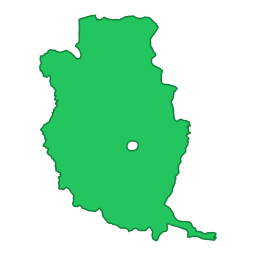 the district of Dibaya, Kasaï-Occidental, Democratic Republic of the Congo
{"feature_id": "63176286B23998883625218", "entity_name": "Dibaya", "entity_type": "district", "adm_level": 2, "iso_a3": "COD", "parent_name": "Democratic Republic of the Congo", "parent_adm1": "Kasaï-Occidental", "projection": "mercator", "projection_center": [22.801, -6.389], "detail": "fine", "context": "isolated", "style": "filled", "palette": "green", "viewbox_px": 256, "rotation_deg": 0, "n_neighbors": 0, "source": "geoboundaries", "source_scale": "gbopen_adm2", "svg_char_len": 5776}
<svg xmlns="http://www.w3.org/2000/svg" viewBox="0 0 256 256"><path d="M151.3,19.4L148.8,17.5L147.0,17.5L144.9,17.1L141.1,18.6L137.8,18.1L136.5,17.9L133.2,16.0L132.0,16.0L130.6,16.5L129.1,16.2L127.9,16.7L125.8,16.7L119.9,19.7L118.6,20.0L116.6,19.5L114.5,19.7L113.1,20.0L107.8,19.0L104.2,17.4L100.8,19.6L99.6,19.7L98.3,19.3L97.5,19.9L96.9,19.7L96.4,18.1L95.3,16.8L95.0,16.0L95.3,15.4L92.8,15.5L90.7,15.9L87.2,16.9L82.9,18.2L79.3,19.4L79.1,20.1L79.4,25.3L79.5,30.0L79.2,32.3L79.2,38.0L79.4,40.1L78.7,42.8L77.6,43.2L76.1,44.8L75.7,46.3L77.0,47.2L78.2,48.1L80.4,51.8L80.9,54.0L81.1,55.9L80.2,58.2L77.9,58.7L76.2,58.7L75.9,58.0L75.0,57.0L74.0,55.8L72.6,54.8L72.0,53.8L71.2,53.2L69.7,52.4L67.8,51.1L66.0,50.5L64.1,51.4L62.2,51.8L60.9,52.4L59.6,52.4L56.9,51.5L54.7,50.3L52.1,50.4L51.6,49.8L50.7,49.8L48.0,51.2L47.9,52.1L47.2,52.9L44.8,53.8L44.1,55.2L42.5,55.9L40.4,56.2L40.7,57.6L40.1,59.4L41.4,63.3L39.9,66.1L39.9,67.3L40.4,70.6L41.4,70.7L41.4,71.3L42.5,72.4L42.5,73.0L43.9,74.7L43.3,75.7L44.3,76.5L45.8,76.6L46.5,77.2L48.5,75.8L49.1,75.5L49.8,75.8L50.3,76.7L50.3,79.0L50.0,81.5L50.9,84.7L51.3,85.5L53.7,87.6L54.8,89.5L55.6,89.8L56.0,90.6L55.1,92.0L54.5,95.2L54.8,95.6L55.9,96.1L55.4,97.0L54.7,99.6L56.7,100.5L57.2,100.1L57.7,100.2L57.8,100.5L57.3,102.5L57.0,102.5L56.7,101.7L56.1,102.3L55.6,103.7L56.0,104.3L57.1,104.8L57.3,105.3L56.3,107.0L54.8,108.5L53.6,110.1L53.9,110.9L53.4,112.4L52.3,112.8L52.8,114.1L52.7,115.0L50.3,119.1L49.5,121.8L47.2,123.0L46.3,124.0L44.8,124.4L44.2,124.9L43.5,125.7L43.3,126.9L41.2,128.9L40.7,129.9L43.1,132.0L43.3,132.5L42.5,133.7L43.7,134.5L44.8,135.8L45.0,137.9L44.7,138.8L45.7,139.3L46.1,140.1L45.5,141.1L45.4,142.3L43.8,144.2L43.2,146.1L45.3,146.6L45.7,147.4L46.6,148.0L47.8,148.1L48.3,149.2L48.1,149.8L48.5,150.3L47.3,151.5L47.2,152.6L47.7,152.9L48.1,154.2L50.5,155.6L51.1,156.3L51.9,157.6L51.9,158.4L53.6,159.2L53.6,160.3L55.1,161.2L55.8,163.7L55.3,166.3L55.9,167.1L55.8,168.2L56.2,169.4L55.8,170.3L56.2,170.8L57.9,171.2L58.7,172.2L60.3,172.5L60.7,173.1L60.1,174.2L60.8,175.6L60.2,176.4L58.9,176.9L58.5,177.6L59.6,180.2L58.5,183.4L59.4,185.6L58.9,188.2L59.6,189.0L61.8,188.8L62.7,189.5L63.6,189.5L65.7,187.6L66.4,187.4L69.4,189.2L71.5,192.7L73.5,195.1L74.1,196.5L73.3,197.4L73.7,199.8L72.7,204.0L73.9,206.0L74.5,206.2L77.8,206.5L79.0,205.4L80.5,205.6L81.7,206.8L82.0,207.4L82.4,208.3L85.3,209.0L86.9,209.9L89.6,210.7L92.6,211.0L95.3,211.4L96.6,210.6L97.7,209.6L98.8,208.4L99.9,208.5L100.6,209.9L101.8,210.6L103.2,216.5L103.9,217.7L104.7,218.1L105.4,219.8L106.6,220.6L107.2,221.9L108.0,222.5L109.6,223.3L111.7,223.2L112.9,224.4L115.1,224.5L116.9,225.2L120.4,228.0L125.7,228.1L128.1,229.6L128.9,231.4L130.0,230.7L131.0,230.6L132.2,230.3L133.1,229.2L134.7,228.5L136.0,228.3L137.3,228.7L138.0,229.7L139.3,230.4L140.4,230.5L143.0,230.5L145.0,230.6L145.8,230.1L146.9,229.2L147.8,228.1L149.1,227.2L150.1,227.2L151.1,228.6L152.0,230.1L152.7,231.9L152.4,233.1L152.2,234.7L152.1,236.0L153.0,238.9L154.5,239.8L155.9,240.6L156.9,240.4L157.9,238.7L158.8,236.6L160.0,234.4L161.5,233.1L163.1,231.7L165.6,231.3L166.6,230.6L167.5,228.4L167.3,226.9L166.9,225.4L167.1,224.4L168.2,223.9L169.4,223.9L170.7,224.5L173.3,225.6L177.1,226.4L180.0,227.5L183.5,228.7L185.4,229.2L186.5,230.0L187.8,231.4L188.1,233.3L187.8,235.0L187.8,237.0L189.3,237.2L191.7,236.6L193.6,236.3L196.4,236.4L197.7,236.5L200.6,237.9L203.6,239.0L206.3,239.2L208.3,239.5L210.4,239.6L212.3,239.9L214.4,240.1L216.1,237.4L215.3,237.1L214.3,237.8L213.9,237.5L215.8,234.7L215.9,234.2L215.4,233.6L215.5,233.3L213.9,232.8L212.4,232.7L210.9,232.6L209.5,232.8L207.4,232.8L206.4,233.4L205.8,233.9L204.2,233.7L202.6,233.0L201.4,232.1L200.4,231.9L199.2,231.6L198.0,231.5L196.8,231.4L196.1,230.8L195.7,228.9L195.1,228.2L193.8,227.8L192.7,226.9L192.0,226.0L191.7,225.3L191.6,224.4L191.4,223.7L190.7,223.0L190.0,222.4L189.2,222.0L188.4,221.7L187.6,221.7L186.7,221.8L185.0,221.8L181.0,221.4L179.1,221.0L177.2,220.1L175.5,218.6L174.2,216.8L173.5,214.4L173.1,213.3L171.4,210.7L170.4,209.0L169.4,207.9L168.1,206.9L166.5,206.2L165.3,205.4L164.6,204.3L164.4,203.5L166.3,200.4L167.0,198.6L168.0,197.1L169.6,195.8L171.9,192.2L172.6,188.4L175.1,182.6L174.8,180.7L175.9,178.7L175.0,177.2L178.8,172.8L178.9,172.2L178.5,171.3L178.7,170.2L178.1,169.0L178.1,168.2L178.6,167.2L178.3,166.2L179.2,164.2L180.9,162.0L181.1,161.2L180.4,160.2L180.6,157.8L182.8,154.7L185.4,152.2L185.7,150.8L185.6,148.2L187.6,145.2L188.2,141.7L187.5,141.1L187.9,139.9L188.7,139.0L188.5,138.0L187.0,136.9L186.6,136.3L186.5,135.7L186.9,135.0L187.1,133.6L187.4,133.5L188.3,134.0L189.1,133.4L189.7,133.4L190.1,133.1L190.0,132.5L188.7,131.8L188.2,131.0L188.5,130.0L188.2,128.7L186.9,127.0L187.7,126.7L188.2,127.0L188.6,125.9L189.2,125.7L190.0,126.0L190.2,125.5L189.1,123.6L189.6,122.5L189.5,122.3L188.6,122.3L188.5,121.9L186.1,120.7L183.5,120.5L181.7,119.5L180.2,119.4L179.2,119.9L178.2,120.8L177.5,121.3L176.8,121.3L175.8,120.8L175.2,120.3L174.6,119.7L173.8,116.4L173.7,114.4L173.6,113.3L173.4,112.0L173.5,110.3L173.2,108.7L172.6,106.2L171.8,103.7L171.3,102.5L171.2,101.4L171.1,100.8L172.4,99.8L173.6,96.0L173.8,92.0L174.8,91.6L177.0,88.7L176.9,88.1L175.8,87.2L174.0,86.3L172.8,85.9L171.3,85.5L168.7,84.7L167.1,84.5L164.4,84.4L163.1,84.0L162.1,83.2L161.4,82.2L161.2,80.6L161.2,77.9L161.3,77.1L161.2,75.3L162.4,70.6L161.0,69.6L159.6,68.3L157.0,67.2L154.8,66.2L153.3,65.1L152.3,64.1L151.6,63.0L151.4,60.8L151.6,59.6L151.5,58.8L155.5,55.7L155.7,55.1L155.2,53.8L153.1,51.1L152.2,48.3L150.8,46.5L150.2,39.6L150.8,38.6L151.3,37.2L153.6,34.5L157.7,28.2L158.0,27.3L157.7,26.4L156.0,23.8L153.8,22.1L151.3,19.4ZM129.4,150.5L127.8,149.3L126.8,147.3L126.9,145.7L127.5,143.9L128.4,142.1L130.5,141.0L133.5,141.0L136.3,141.7L137.4,142.4L138.3,144.2L138.2,146.8L136.5,149.6L134.0,150.5L131.4,150.7L129.4,150.5Z" fill="#22c55e" stroke="#15803d" stroke-width="1.5"/></svg>